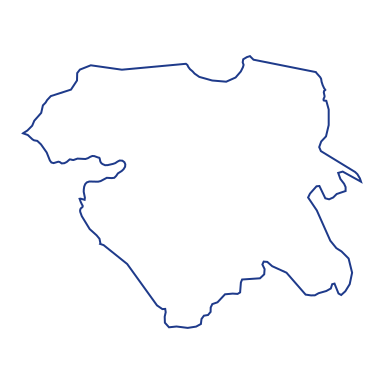 outline of Kordestan
{"feature_id": "IRN-3241", "entity_name": "Kordestan", "entity_type": "Province", "adm_level": 1, "iso_a3": "IRN", "parent_name": "Iran", "parent_adm1": "", "projection": "natural_earth1", "projection_center": [46.82, 35.623], "detail": "fine", "context": "isolated", "style": "outline", "palette": "blue", "viewbox_px": 384, "rotation_deg": 0, "n_neighbors": 0, "source": "natural_earth", "source_scale": "10m", "svg_char_len": 2479}
<svg xmlns="http://www.w3.org/2000/svg" viewBox="0 0 384 384"><path d="M53.6,163.1L51.4,162.5L49.9,160.5L46.7,152.5L41.0,144.4L37.3,140.9L34.0,140.3L32.4,139.3L27.8,135.0L23.0,133.3L23.1,133.2L27.3,130.6L32.2,125.7L34.3,120.7L41.2,112.9L42.9,105.4L45.6,102.6L47.1,100.1L50.8,96.1L71.0,89.6L77.0,80.5L77.2,73.1L79.9,69.6L90.8,65.3L121.9,69.7L185.9,63.8L187.4,65.0L188.3,66.9L190.0,69.2L192.5,71.3L194.6,73.6L199.3,76.9L212.2,80.5L226.2,81.7L235.6,77.5L240.8,71.5L242.9,67.3L243.6,64.9L242.7,62.3L243.2,59.3L246.9,57.1L249.9,56.1L253.5,59.7L315.9,72.1L316.3,72.8L320.2,77.2L321.1,78.8L321.6,81.8L322.7,85.2L324.1,88.2L325.3,89.9L324.0,91.1L323.8,92.5L324.6,96.2L324.4,97.2L323.9,98.2L323.5,99.2L323.7,100.4L324.2,100.6L326.3,100.8L328.7,109.5L328.7,125.1L326.0,136.4L321.2,141.5L319.2,147.1L320.9,151.1L355.1,172.0L357.4,174.2L359.9,178.4L361.0,181.7L342.7,171.6L338.2,172.9L340.4,179.0L344.1,183.8L345.6,187.1L345.6,191.0L336.7,194.0L333.2,197.5L329.1,199.3L325.3,198.3L319.4,186.0L316.5,186.3L310.0,193.6L308.1,197.5L316.8,210.4L330.3,240.7L336.4,248.2L341.5,251.4L348.6,258.5L352.1,272.7L349.7,284.2L345.3,291.3L341.2,295.0L338.5,293.5L334.5,283.6L332.2,284.2L330.8,288.5L326.3,291.0L318.6,293.2L314.9,295.3L311.0,295.4L305.6,294.6L286.5,272.7L272.2,266.2L267.3,261.9L263.7,261.6L262.4,264.5L264.6,269.1L264.2,274.3L260.0,278.3L242.1,279.5L240.9,282.5L240.1,292.4L237.6,293.9L232.7,293.6L225.0,294.3L217.5,302.3L212.3,304.1L210.7,307.5L210.6,311.9L208.0,315.0L203.9,315.7L201.5,319.0L200.9,324.0L196.1,326.6L187.7,327.9L176.5,326.5L169.0,327.3L164.9,322.7L164.7,316.7L165.7,312.2L165.2,308.9L162.4,309.1L157.0,305.4L127.2,264.0L103.6,245.1L100.1,243.9L100.4,243.3L99.5,238.8L96.6,235.3L89.7,229.1L81.8,216.2L80.2,211.8L80.1,210.4L80.4,209.1L81.1,208.1L82.1,207.4L82.6,206.8L82.7,206.1L82.6,205.5L82.1,204.8L80.7,201.9L79.6,198.8L80.2,198.7L80.8,198.7L84.6,199.8L84.9,197.7L83.7,191.8L83.8,189.3L84.2,186.6L85.2,184.1L86.8,182.4L89.3,181.5L98.0,181.7L100.6,181.1L106.8,177.8L111.7,178.1L114.3,177.8L116.2,175.9L117.9,173.4L121.7,171.0L123.6,169.2L125.1,166.7L125.3,164.3L124.4,162.2L122.4,160.7L119.7,160.5L117.5,161.6L115.3,163.1L113.0,163.9L107.7,165.1L105.1,165.2L102.6,164.1L101.5,163.3L100.8,162.4L100.3,161.4L99.6,158.2L99.1,157.7L98.1,157.5L94.3,156.1L92.3,156.0L90.3,156.8L87.9,158.2L85.4,159.0L77.5,158.6L73.5,160.0L72.2,159.9L70.9,159.5L69.7,159.4L66.7,162.0L64.3,163.2L61.7,163.4L59.7,162.0L58.3,161.7L53.6,163.1Z" fill="none" stroke="#1e3a8a" stroke-width="2"/></svg>